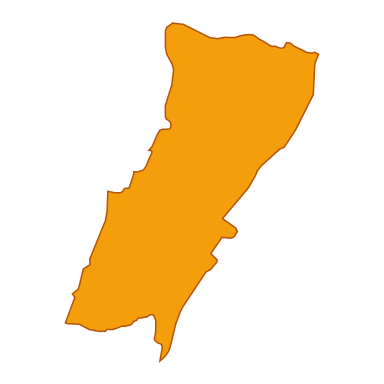 the border of Mount Lebanon
{"feature_id": "LBN-3025", "entity_name": "Mount Lebanon", "entity_type": "Province", "adm_level": 1, "iso_a3": "LBN", "parent_name": "Lebanon", "parent_adm1": "", "projection": "robinson", "projection_center": [35.671, 33.864], "detail": "fine", "context": "isolated", "style": "filled", "palette": "amber", "viewbox_px": 384, "rotation_deg": 0, "n_neighbors": 0, "source": "natural_earth", "source_scale": "10m", "svg_char_len": 2173}
<svg xmlns="http://www.w3.org/2000/svg" viewBox="0 0 384 384"><path d="M133.8,171.7L137.6,172.0L143.4,169.9L145.9,166.7L149.7,157.2L151.8,153.3L151.9,151.3L151.3,150.6L148.8,150.4L152.2,146.4L157.1,134.9L159.9,130.2L162.6,129.3L169.2,129.2L170.9,127.2L170.7,122.9L168.8,120.6L166.7,119.3L165.4,117.5L165.3,105.8L171.8,84.9L173.6,70.1L172.3,64.5L166.7,54.0L165.4,47.3L165.4,30.9L166.7,27.4L172.3,23.4L172.5,23.0L173.0,23.2L183.3,24.3L209.7,37.6L217.0,38.6L218.4,38.6L224.1,37.3L234.0,37.6L235.8,37.4L238.6,36.3L243.6,35.1L248.9,34.6L251.9,34.8L254.1,35.4L259.1,39.2L262.2,40.6L270.1,45.6L272.4,46.3L275.3,46.2L277.7,47.3L280.7,48.2L281.7,48.2L282.9,48.0L283.8,47.4L284.5,46.6L285.5,44.3L286.4,42.8L287.5,42.6L288.6,42.7L290.6,43.4L291.4,43.9L293.6,45.9L306.9,52.4L309.6,52.9L312.2,53.1L314.7,52.3L318.6,54.3L315.3,62.2L314.7,65.6L313.3,94.6L295.4,130.2L284.3,147.1L279.7,149.2L261.6,165.5L257.2,171.0L256.9,172.1L255.2,176.0L248.4,187.8L222.5,218.6L235.7,228.0L237.4,231.5L234.8,235.8L233.9,236.7L232.9,237.5L231.6,238.0L230.5,238.1L229.3,238.1L224.8,237.6L221.8,237.6L210.8,253.6L217.0,259.8L217.1,260.9L216.8,262.2L213.5,265.8L211.5,268.7L209.9,269.9L206.0,271.9L182.9,306.7L180.3,311.7L175.7,324.0L170.2,347.0L169.1,349.9L168.1,352.1L165.1,356.3L163.4,358.0L159.9,361.0L162.3,347.4L161.9,346.2L161.6,344.4L160.0,343.7L158.0,343.0L156.8,342.2L154.9,340.5L154.3,338.9L154.5,337.5L155.3,334.6L155.7,330.6L155.8,321.0L154.7,317.3L153.1,314.9L151.3,314.6L150.0,314.9L148.7,315.6L147.7,316.5L146.8,317.0L145.8,317.2L144.8,317.2L141.2,317.9L139.3,318.0L138.5,318.2L137.8,318.6L137.3,319.2L136.9,319.9L136.4,320.5L135.6,320.8L133.9,321.3L133.4,321.9L132.6,323.3L132.0,323.8L130.1,325.1L129.3,325.4L127.5,325.6L124.8,326.3L122.7,326.1L121.7,326.2L120.2,326.8L119.5,327.2L114.8,328.9L111.9,329.6L108.0,329.4L106.9,329.5L106.3,330.0L105.9,330.7L105.2,331.4L103.7,331.2L99.3,331.4L89.5,329.6L79.2,324.2L67.4,323.7L65.4,322.9L74.9,297.3L72.4,294.0L78.6,288.6L83.3,269.0L90.0,264.7L89.8,259.0L105.5,220.5L107.1,211.1L107.8,191.3L115.4,192.9L120.8,192.7L122.2,191.8L123.7,189.6L124.7,188.4L129.1,188.0L133.8,173.9L133.8,171.7Z" fill="#f59e0b" stroke="#b45309" stroke-width="1.5"/></svg>